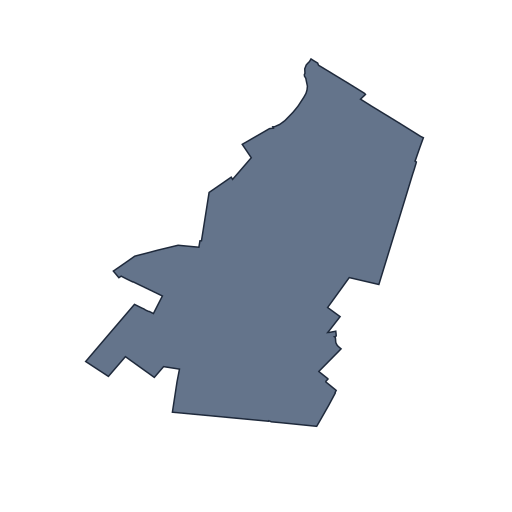 outline of Movilita, Ialomita, Romania, rotated 347°
{"feature_id": "2599482B73561302085915", "entity_name": "Movilita", "entity_type": "district", "adm_level": 2, "iso_a3": "ROU", "parent_name": "Romania", "parent_adm1": "Ialomita", "projection": "natural_earth1", "projection_center": [26.485, 44.626], "detail": "fine", "context": "isolated", "style": "filled", "palette": "slate", "viewbox_px": 512, "rotation_deg": 347, "n_neighbors": 0, "source": "geoboundaries", "source_scale": "gbopen_adm2", "svg_char_len": 1891}
<svg xmlns="http://www.w3.org/2000/svg" viewBox="0 0 512 512"><g transform="rotate(347 256 256)"><path d="M316.8,347.2L315.6,347.2L313.7,347.1L310.6,347.0L308.6,346.7L310.3,345.4L324.3,334.0L321.2,330.4L314.2,322.3L342.0,298.0L369.3,311.4L413.8,234.5L426.8,211.9L429.4,207.6L430.5,205.7L431.4,204.1L432.4,202.4L433.2,200.9L433.4,200.5L433.1,200.1L432.3,199.3L433.6,197.4L434.6,195.8L436.6,192.6L440.4,186.6L441.3,185.2L445.7,178.4L443.4,176.6L426.6,159.8L405.3,138.9L401.9,135.6L396.3,129.9L393.1,126.7L399.0,123.2L398.4,122.0L385.8,109.5L361.3,85.6L360.3,84.7L359.8,84.0L359.7,83.6L359.5,81.9L356.7,79.2L353.9,76.4L352.9,77.5L351.8,78.6L349.7,79.9L347.9,81.2L345.6,84.6L344.8,89.0L343.9,90.1L343.7,91.6L344.5,94.1L344.4,96.6L344.3,102.1L343.1,105.6L341.3,108.8L338.2,112.2L330.5,119.6L324.4,124.3L314.6,130.6L308.8,133.1L303.1,134.2L301.4,133.9L301.7,135.4L299.7,135.1L297.8,134.9L281.1,140.0L267.7,144.1L273.5,159.2L250.4,176.1L249.6,173.6L224.6,183.5L215.1,207.1L206.3,228.9L204.8,228.6L202.3,234.6L182.5,228.0L161.6,228.2L149.7,228.6L140.6,228.8L137.8,228.9L125.7,233.8L113.6,238.6L117.5,246.3L120.1,245.3L124.7,249.2L130.0,253.5L130.3,253.4L155.8,273.9L149.4,281.5L143.1,289.0L139.5,286.0L138.8,285.8L136.2,283.8L134.8,282.3L133.4,281.3L126.7,275.8L96.5,298.1L66.3,320.5L85.1,340.1L106.1,324.7L129.6,351.4L141.1,343.0L156.0,349.0L150.8,360.7L139.4,389.4L231.0,419.8L231.4,419.4L233.6,421.0L242.4,423.9L268.3,432.7L276.8,435.6L278.7,433.6L282.8,429.2L293.3,417.8L302.3,407.5L302.5,406.9L302.4,406.8L303.9,405.0L296.0,394.8L295.7,394.3L295.8,394.1L296.0,393.7L296.8,393.2L298.4,392.2L298.5,392.0L298.4,391.7L291.2,382.7L291.4,382.5L315.4,367.3L318.0,365.6L315.7,362.5L315.0,361.2L314.5,359.4L314.3,358.3L314.4,357.3L314.8,354.9L314.9,353.9L314.9,353.2L314.7,352.8L314.3,352.4L315.3,352.3L316.2,351.9L316.5,349.8L316.8,347.2Z" fill="#64748b" stroke="#1e293b" stroke-width="1.5"/></g></svg>